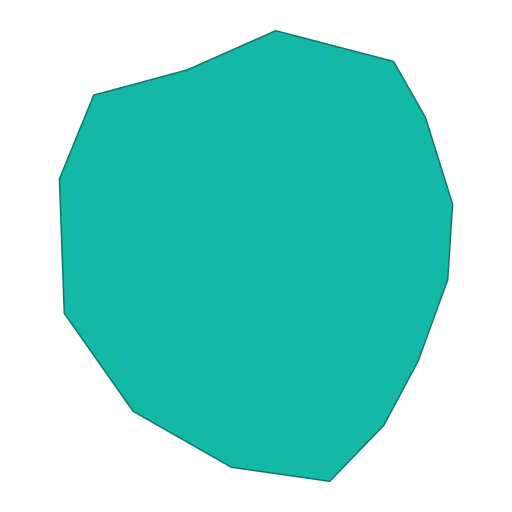 Ariwara, Orientale, Democratic Republic of the Congo (Robinson projection)
{"feature_id": "63176286B55306571020797", "entity_name": "Ariwara", "entity_type": "district", "adm_level": 2, "iso_a3": "COD", "parent_name": "Democratic Republic of the Congo", "parent_adm1": "Orientale", "projection": "robinson", "projection_center": [30.708, 3.137], "detail": "fine", "context": "isolated", "style": "filled", "palette": "teal", "viewbox_px": 512, "rotation_deg": 0, "n_neighbors": 0, "source": "geoboundaries", "source_scale": "gbopen_adm2", "svg_char_len": 304}
<svg xmlns="http://www.w3.org/2000/svg" viewBox="0 0 512 512"><path d="M187.2,69.9L93.8,95.1L59.4,179.0L64.3,313.4L133.1,411.3L231.4,467.3L329.7,481.3L383.8,425.3L418.2,360.9L447.7,279.8L452.6,204.2L425.5,117.5L393.6,61.5L275.7,30.7L187.2,69.9Z" fill="#14b8a6" stroke="#0f766e" stroke-width="1.5"/></svg>